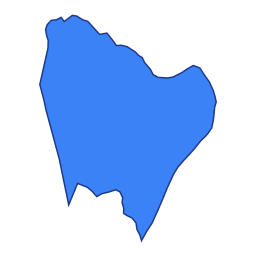 Roteiro, Alagoas, Brazil (Equal Earth projection)
{"feature_id": "56859067B56369687542379", "entity_name": "Roteiro", "entity_type": "district", "adm_level": 2, "iso_a3": "BRA", "parent_name": "Brazil", "parent_adm1": "Alagoas", "projection": "equal_earth", "projection_center": [-35.971, -9.875], "detail": "fine", "context": "isolated", "style": "filled", "palette": "blue", "viewbox_px": 256, "rotation_deg": 0, "n_neighbors": 0, "source": "geoboundaries", "source_scale": "gbopen_adm2", "svg_char_len": 1131}
<svg xmlns="http://www.w3.org/2000/svg" viewBox="0 0 256 256"><path d="M61.1,17.4L56.5,19.8L51.2,20.4L47.2,24.7L45.6,29.3L46.6,35.5L48.2,40.3L48.0,48.0L39.8,84.5L43.9,100.0L45.9,109.5L54.5,141.3L59.2,158.7L68.7,204.9L77.6,183.4L87.4,187.3L92.4,191.6L96.8,196.6L101.8,193.7L108.6,192.1L115.9,189.7L120.1,192.1L122.7,197.8L122.1,202.7L123.7,208.0L123.6,213.4L128.0,216.1L132.0,217.9L136.0,222.9L137.0,229.5L139.9,235.1L141.5,240.6L146.3,232.0L149.4,227.1L152.2,222.9L154.7,217.1L157.3,211.7L159.6,206.2L163.0,198.3L166.7,189.2L169.7,182.6L173.5,174.3L177.6,167.5L183.5,160.6L187.3,156.6L190.4,153.2L194.5,148.6L197.6,144.7L201.2,140.2L204.5,137.3L207.9,133.5L211.7,128.0L213.2,121.0L214.0,114.2L214.7,107.0L216.2,102.0L215.0,96.4L213.1,90.1L209.1,81.6L203.4,73.6L199.9,68.0L193.3,65.5L187.3,68.9L181.4,72.9L172.8,77.1L167.2,78.0L157.7,77.3L153.0,74.4L150.4,69.4L147.3,65.7L144.5,62.5L142.3,57.7L138.4,55.3L135.5,52.1L131.0,49.2L127.2,46.7L121.5,45.3L116.4,45.5L111.8,39.2L106.9,33.1L99.6,34.4L95.5,29.9L87.8,21.4L82.7,19.8L76.8,16.1L72.3,15.4L68.1,18.6L64.2,21.5L61.1,17.4Z" fill="#3b82f6" stroke="#1e3a8a" stroke-width="1.5"/></svg>